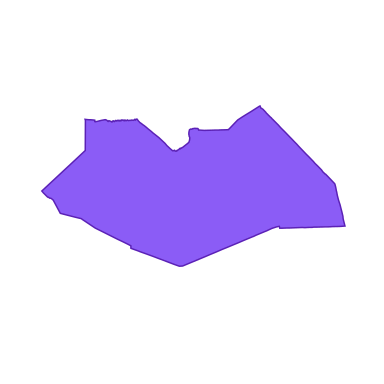 the district of Tri Ton, An Giang, Vietnam, rotated 320°
{"feature_id": "81297802B61282348708206", "entity_name": "Tri Ton", "entity_type": "district", "adm_level": 2, "iso_a3": "VNM", "parent_name": "Vietnam", "parent_adm1": "An Giang", "projection": "equal_earth", "projection_center": [104.991, 10.41], "detail": "fine", "context": "isolated", "style": "filled", "palette": "violet", "viewbox_px": 384, "rotation_deg": 320, "n_neighbors": 0, "source": "geoboundaries", "source_scale": "gbopen_adm2", "svg_char_len": 5404}
<svg xmlns="http://www.w3.org/2000/svg" viewBox="0 0 384 384"><g transform="rotate(320 192 192)"><path d="M299.4,169.8L298.6,169.6L288.7,168.3L283.5,167.5L278.5,166.8L275.9,166.5L273.4,166.2L271.4,166.4L262.4,167.4L260.9,167.5L260.1,167.7L259.4,167.2L257.4,165.7L255.9,164.5L253.0,162.2L252.1,161.6L251.5,161.1L250.1,159.9L248.7,158.8L247.3,157.7L241.0,152.7L238.7,150.5L236.9,148.8L237.3,148.1L237.2,147.6L237.3,147.2L237.2,147.0L236.8,146.7L236.3,146.2L236.1,146.0L236.0,145.9L235.7,145.9L235.6,145.7L235.5,145.4L235.0,145.0L234.8,144.8L234.3,144.5L233.8,144.3L233.7,144.3L233.5,144.2L233.4,144.0L233.3,143.9L233.1,143.8L232.8,143.8L232.5,143.8L232.1,143.7L231.9,143.5L231.9,143.4L231.7,143.1L231.4,142.9L231.2,142.9L230.3,142.7L230.1,142.7L229.7,143.0L229.0,143.5L228.6,143.8L228.1,144.2L226.8,145.6L226.6,145.9L226.3,146.5L226.0,147.0L225.7,147.4L225.6,147.7L225.5,148.3L225.3,148.7L225.0,149.2L224.1,150.1L223.2,150.9L222.4,151.4L221.9,151.7L221.5,151.9L220.8,151.9L220.5,152.0L213.3,151.8L213.0,151.6L212.6,151.6L212.1,151.6L211.9,151.3L211.8,151.2L211.3,151.4L211.0,151.4L210.8,151.4L210.6,151.1L210.6,150.9L210.4,150.7L209.7,151.0L209.4,151.0L208.9,150.9L208.5,150.8L208.1,150.8L207.7,150.7L207.3,150.5L207.1,150.5L206.9,150.6L206.8,150.8L206.6,150.8L206.4,150.7L206.2,150.4L205.6,150.1L205.4,149.9L205.4,149.5L205.5,149.3L205.5,148.9L205.4,148.7L204.6,148.5L204.3,148.4L204.0,148.3L203.8,148.1L203.6,147.8L203.6,147.5L203.1,144.5L202.8,141.9L202.6,140.4L202.6,138.9L202.6,137.2L202.5,136.5L201.9,131.5L201.6,129.0L201.2,127.1L200.6,124.2L200.1,121.9L199.7,119.2L199.0,115.7L198.5,112.6L198.0,110.2L197.5,108.5L197.5,108.1L197.3,107.5L197.2,106.9L196.9,105.8L196.7,105.4L196.7,104.9L196.7,104.3L196.6,103.4L196.7,102.1L196.7,100.7L196.4,100.6L196.2,100.7L195.9,100.5L195.8,100.4L195.6,100.3L195.3,100.3L195.1,100.4L194.8,100.4L194.7,100.4L194.7,99.9L194.8,99.6L194.7,99.6L193.9,99.5L193.5,99.5L193.3,99.5L192.8,99.1L192.5,98.7L192.4,98.6L192.2,98.4L192.2,98.2L191.6,98.0L191.3,98.0L191.2,97.9L191.1,97.7L190.9,97.4L190.5,97.3L190.3,97.1L190.1,97.0L190.0,96.9L189.9,96.7L189.6,96.6L189.4,96.6L189.1,96.3L189.0,96.1L189.0,95.9L188.9,95.6L188.8,95.3L188.6,95.3L188.1,95.3L187.7,95.0L187.6,94.9L187.5,95.0L187.4,94.9L187.3,94.4L187.2,94.2L186.8,94.2L186.7,94.3L186.6,94.2L186.5,93.8L186.5,93.7L186.4,93.5L185.8,93.8L185.7,93.7L185.6,93.1L185.5,92.8L185.4,92.5L185.3,92.4L185.2,92.4L184.9,92.3L184.8,92.1L184.5,92.1L184.4,92.0L184.4,91.9L184.3,91.7L184.2,91.5L183.8,91.6L183.4,91.8L183.2,91.8L183.1,91.7L183.0,90.9L182.8,90.8L182.7,90.7L182.5,90.8L182.3,90.9L182.0,90.8L181.8,90.7L181.6,90.2L181.5,89.8L181.5,89.6L180.9,89.6L180.7,89.1L180.2,89.1L179.9,89.1L179.7,88.7L179.6,88.3L179.5,88.1L179.2,88.0L178.6,88.2L177.9,88.2L177.7,88.0L177.7,87.7L177.7,87.3L177.6,87.0L177.5,86.9L177.4,86.9L177.2,86.9L176.6,87.0L176.3,87.0L176.3,86.7L176.0,86.8L175.7,86.8L175.5,86.7L175.4,86.3L174.7,84.7L174.4,84.6L174.3,84.2L174.2,84.0L174.1,83.9L173.6,84.0L173.3,84.1L173.1,84.1L173.0,83.9L173.0,83.1L172.8,82.2L172.6,81.7L172.4,81.3L172.1,81.1L172.0,80.8L168.5,78.8L165.2,77.2L163.0,76.0L162.8,75.6L163.2,75.0L163.5,74.8L163.7,74.5L162.8,73.5L162.6,73.3L161.1,71.8L159.4,70.3L157.9,68.8L157.1,67.9L156.8,67.6L156.3,68.7L136.9,91.6L126.1,92.2L77.6,94.7L77.6,95.2L77.6,97.3L77.7,98.3L77.8,99.4L77.9,100.7L78.1,102.8L78.2,103.1L78.3,103.3L78.3,103.5L78.7,103.8L79.0,105.2L79.5,105.7L79.7,106.0L80.0,106.4L80.5,109.2L80.4,109.4L77.4,123.7L81.6,129.6L86.4,136.3L90.1,141.3L90.3,142.4L94.7,157.5L97.2,163.2L104.6,180.3L106.9,185.3L109.4,191.0L110.6,193.9L109.3,195.5L109.0,195.9L113.1,202.9L113.8,204.3L117.4,210.4L120.8,216.3L124.2,222.4L132.0,236.3L134.6,240.7L136.6,242.2L137.3,242.7L143.4,244.6L160.3,249.9L165.6,251.5L171.6,253.4L178.0,255.3L184.2,257.3L190.6,259.3L195.0,260.7L197.0,261.3L200.7,262.4L209.9,265.3L210.6,265.6L213.1,266.2L216.6,267.3L222.3,269.1L224.4,269.8L226.4,270.3L228.9,271.0L229.7,271.2L234.4,273.1L235.7,273.8L236.8,274.4L236.7,274.7L236.2,275.8L236.0,276.2L237.0,277.0L238.0,277.8L242.0,280.9L243.4,282.1L253.6,290.0L255.6,291.9L258.2,293.8L261.4,296.4L262.3,296.9L263.0,297.4L264.9,299.0L268.3,301.7L270.3,303.3L271.1,303.9L273.0,305.5L275.7,307.6L277.1,308.6L278.5,309.7L281.2,311.9L283.9,314.0L287.3,316.4L290.1,310.6L290.8,309.3L291.8,307.9L292.2,307.2L293.0,305.6L294.0,303.6L296.1,299.2L296.8,297.8L296.9,297.5L297.1,297.2L298.1,294.7L298.8,293.0L299.4,291.6L300.1,290.2L301.0,288.3L302.1,286.3L302.8,285.1L303.4,283.8L304.1,282.6L305.1,280.8L305.6,279.8L306.6,277.7L306.6,276.8L306.6,276.2L306.5,274.9L306.4,273.3L306.1,268.4L305.8,264.3L305.8,264.1L305.7,263.9L305.5,263.7L305.4,263.5L305.4,262.8L305.4,262.3L305.2,260.9L305.3,259.4L305.4,258.5L305.4,258.3L305.3,256.9L305.0,252.9L304.6,249.2L304.6,246.6L304.1,239.6L303.8,236.6L303.6,233.4L303.4,230.3L303.2,227.2L303.1,225.5L303.0,222.2L302.9,221.4L302.7,218.7L302.5,215.3L302.3,212.9L301.8,205.7L301.6,203.3L301.5,202.5L301.5,202.3L301.4,201.2L301.3,200.0L301.2,197.7L301.2,196.5L301.0,194.2L300.9,193.0L300.6,189.4L300.6,188.9L300.5,188.6L300.5,188.2L300.4,187.7L300.4,187.2L300.4,186.5L300.4,186.3L300.4,186.0L300.2,185.1L300.1,184.1L300.1,183.8L299.9,182.1L299.9,181.3L299.8,180.5L299.8,180.2L299.7,179.8L299.7,178.7L299.8,178.3L299.7,177.7L299.7,176.6L299.6,175.8L299.6,175.4L299.6,174.6L299.4,173.8L299.2,173.2L299.2,172.9L298.9,172.3L298.7,172.0L299.4,169.8Z" fill="#8b5cf6" stroke="#5b21b6" stroke-width="1.5"/></g></svg>